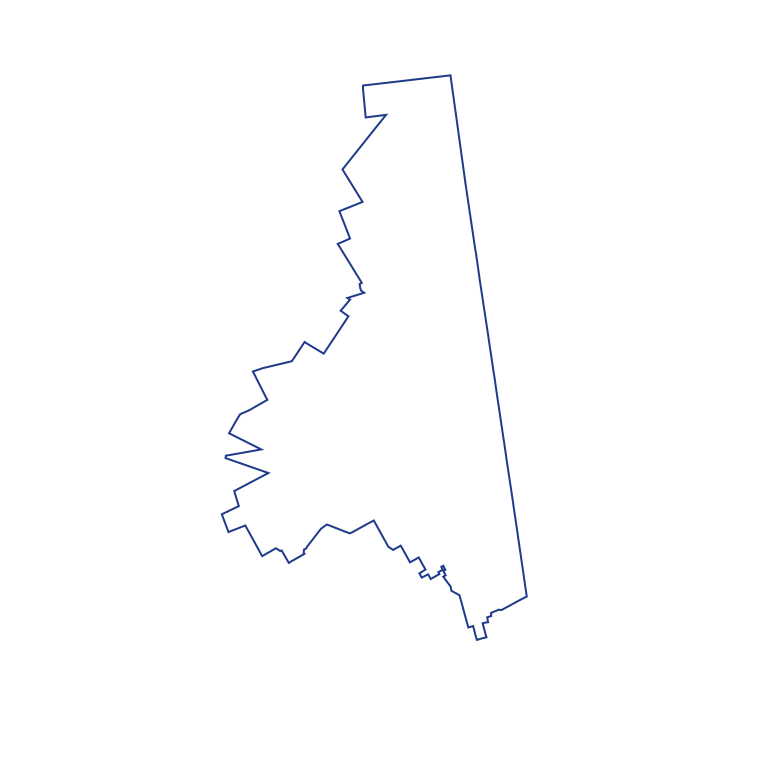 General Plutarco Elías Calles, Sonora, Mexico, rotated 61°
{"feature_id": "50627088B39054298169208", "entity_name": "General Plutarco Elías Calles", "entity_type": "district", "adm_level": 2, "iso_a3": "MEX", "parent_name": "Mexico", "parent_adm1": "Sonora", "projection": "natural_earth1", "projection_center": [-112.744, 31.696], "detail": "fine", "context": "isolated", "style": "outline", "palette": "blue", "viewbox_px": 768, "rotation_deg": 61, "n_neighbors": 0, "source": "geoboundaries", "source_scale": "gbopen_adm2", "svg_char_len": 3801}
<svg xmlns="http://www.w3.org/2000/svg" viewBox="0 0 768 768"><g transform="rotate(61 384 384)"><path d="M597.6,425.3L605.3,420.4L609.9,421.5L610.0,421.5L614.6,422.6L619.3,423.8L623.8,424.9L637.9,428.3L638.4,425.9L638.9,423.4L643.6,424.6L648.2,425.8L652.8,426.8L653.9,422.0L655.2,417.2L648.9,415.7L645.7,414.9L642.9,414.2L641.1,413.7L641.7,411.3L642.8,408.5L638.1,406.8L638.9,402.8L636.1,401.3L637.1,392.9L638.6,391.0L638.7,387.5L638.8,371.8L639.0,364.8L639.1,362.2L617.2,353.9L615.7,353.3L606.1,349.7L605.8,349.6L581.7,340.5L581.3,340.3L552.5,329.5L552.1,329.3L545.7,326.9L529.4,320.8L529.0,320.7L510.8,313.9L493.7,307.4L485.8,304.5L481.2,302.8L481.1,302.7L480.1,302.3L476.4,301.0L471.7,299.2L471.4,299.1L439.1,287.0L438.7,286.8L436.4,286.0L436.2,285.8L429.1,283.2L428.1,282.8L426.0,282.1L425.9,282.0L425.6,281.9L425.3,281.8L424.9,281.6L424.7,281.6L424.1,281.4L423.7,281.2L423.3,281.1L423.0,280.9L422.7,280.8L422.3,280.7L421.9,280.5L421.1,280.2L420.6,280.1L420.3,280.0L420.1,279.9L419.9,279.8L414.5,277.8L414.1,277.6L404.7,274.1L404.4,274.0L393.7,270.0L393.3,269.8L339.1,249.7L338.8,249.6L336.3,248.6L335.3,248.2L314.0,240.1L309.9,238.7L248.6,215.7L192.7,194.1L160.2,181.6L146.5,176.3L146.3,176.2L138.8,194.4L138.7,194.6L112.8,257.6L114.9,258.9L142.0,270.8L149.6,251.7L156.0,267.4L176.2,316.3L214.3,314.5L213.1,324.4L211.2,339.2L218.3,340.2L219.4,340.3L240.3,343.2L240.1,345.5L239.9,347.7L239.7,350.0L239.5,352.3L239.2,354.5L239.0,356.5L284.8,354.4L284.8,356.9L288.4,358.2L291.1,358.8L294.6,357.1L294.0,360.0L291.0,374.3L293.1,373.1L293.7,372.7L293.9,373.2L298.9,386.4L307.5,382.3L313.2,393.1L328.2,422.0L322.1,425.5L315.6,429.3L308.8,433.1L310.4,436.2L311.0,437.3L313.2,441.6L314.5,444.1L319.4,453.5L311.5,481.9L311.3,482.7L310.9,485.0L309.5,492.6L313.3,492.7L322.4,493.1L338.8,493.7L341.3,493.7L341.6,514.9L340.7,524.4L343.3,529.2L345.4,532.7L352.0,543.4L381.7,523.1L375.4,541.6L370.0,557.1L372.0,558.5L405.8,528.3L405.0,566.9L420.4,570.2L419.3,589.0L438.1,591.8L440.5,573.9L475.5,574.0L475.5,572.9L475.5,571.8L475.4,570.9L475.4,570.3L475.4,569.1L475.4,568.5L475.4,567.6L475.4,566.9L475.4,566.2L475.4,564.4L475.3,563.3L475.3,562.2L475.3,561.1L475.3,560.4L475.3,559.4L475.3,558.1L479.8,555.7L480.0,554.2L494.2,554.0L494.2,553.7L494.4,553.4L494.2,553.0L494.0,535.9L493.3,536.1L492.9,536.3L492.7,536.1L492.4,535.7L492.0,535.6L491.6,535.4L491.4,535.2L491.0,535.0L490.6,534.6L490.4,534.4L490.0,534.1L490.1,532.3L490.2,531.9L490.0,531.7L489.4,530.7L489.2,530.6L480.1,509.4L480.0,508.9L479.2,502.1L479.9,501.5L480.5,500.9L481.1,500.5L481.6,500.1L482.0,499.7L482.5,499.3L482.9,499.0L483.8,498.3L484.4,497.7L485.6,496.8L486.3,496.2L487.8,494.9L488.8,494.1L489.0,494.0L489.1,493.9L490.0,493.1L491.2,492.1L492.4,491.1L493.4,490.4L493.5,490.4L493.7,490.1L494.2,489.6L494.4,489.4L494.5,489.4L495.0,488.9L496.8,487.4L497.8,486.6L498.0,486.5L498.3,484.0L498.3,483.7L498.3,479.8L498.3,476.4L498.3,473.0L498.3,470.6L498.3,468.2L498.3,467.2L498.3,465.7L498.4,462.2L498.4,459.8L498.4,459.1L501.8,459.1L504.7,459.1L508.0,459.1L510.3,459.1L511.6,459.1L513.0,459.1L514.8,459.1L516.8,459.1L519.5,459.1L522.4,459.1L525.8,459.1L528.5,459.1L533.6,456.4L533.5,456.1L533.5,452.7L533.5,451.0L533.5,448.6L533.5,447.8L534.9,447.7L536.0,447.7L537.6,447.7L540.5,447.7L543.5,447.7L546.2,447.7L550.0,447.7L551.7,447.7L552.6,447.7L552.6,447.1L552.6,446.5L552.6,445.8L552.6,444.8L552.6,443.4L552.6,442.4L552.6,440.9L552.5,439.6L552.6,437.7L553.3,437.7L554.2,437.7L554.8,437.8L555.2,437.7L555.5,437.7L557.0,437.7L559.8,437.8L562.9,437.7L566.4,437.7L566.8,444.8L571.6,444.9L571.9,437.7L572.9,437.7L574.6,437.7L577.2,437.7L577.1,427.7L574.9,427.6L574.9,422.7L571.7,422.5L571.7,420.3L576.2,420.4L576.5,422.8L581.2,422.8L581.2,425.6L586.4,424.9L593.1,424.0L593.3,423.9L597.6,425.3Z" fill="none" stroke="#1e3a8a" stroke-width="2"/></g></svg>